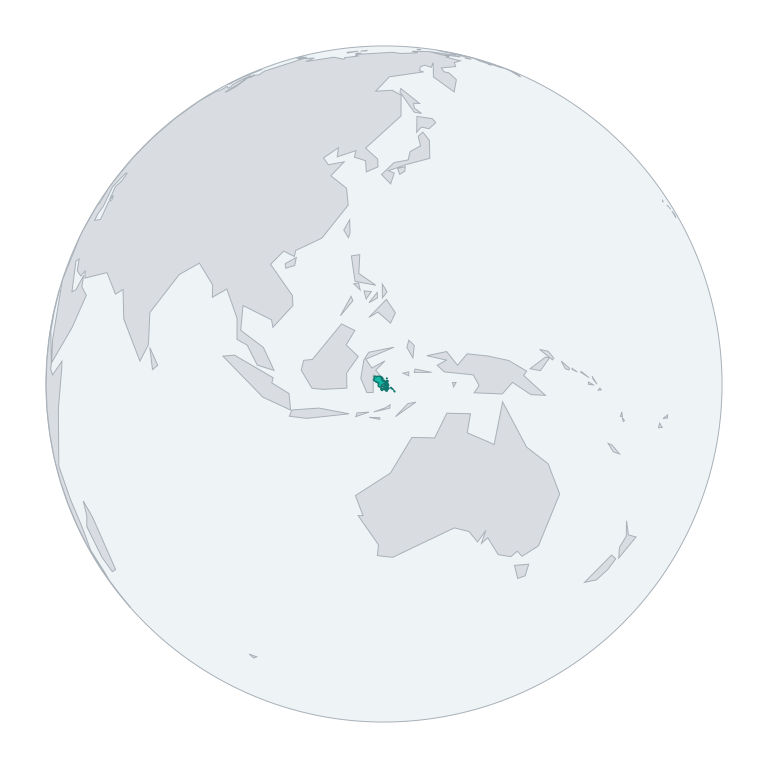 the Earth from above Sulawesi Tenggara, rotated 350°
{"feature_id": "IDN-556", "entity_name": "Sulawesi Tenggara", "entity_type": "Province", "adm_level": 1, "iso_a3": "IDN", "parent_name": "Indonesia", "parent_adm1": "", "projection": "orthographic", "projection_center": [122.493, -4.447], "detail": "fine", "context": "on_globe", "style": "filled", "palette": "teal", "viewbox_px": 768, "rotation_deg": 350, "n_neighbors": 0, "source": "natural_earth", "source_scale": "10m", "svg_char_len": 11546}
<svg xmlns="http://www.w3.org/2000/svg" viewBox="0 0 768 768"><g transform="rotate(350 384 384)"><circle cx="384" cy="384" r="338" fill="#eef3f6" stroke="#a8b0b8"/><path d="M657.9,463.7L657.5,466.2L657.2,466.5L657.9,463.7ZM558.2,94.4L569.6,101.9L571.8,105.5L562.3,97.1L556.0,93.2L554.1,92.8L547.2,88.9L542.4,86.8L534.3,82.5L529.4,79.1L524.1,76.6L523.0,76.7L514.3,73.2L516.7,73.3L501.6,67.7L494.3,64.6L527.0,77.8L558.2,94.4ZM700.4,271.3L697.6,263.7L699.9,268.4L700.4,271.3ZM695.5,259.3L696.6,261.8L695.6,259.8L695.5,259.3ZM694.5,257.9L695.2,258.9L694.7,258.6L694.5,257.9ZM693.4,257.1L693.9,257.2L693.9,257.5L693.4,257.1ZM690.8,253.4L690.0,252.3L690.2,251.6L690.8,253.4ZM566.6,99.7L564.3,98.2L566.6,99.7ZM543.1,87.3L545.2,88.7L541.8,87.2L543.1,87.3ZM526.3,79.4L520.1,77.0L525.6,78.8L526.3,79.4ZM516.0,75.2L501.1,70.5L504.5,72.8L486.3,64.5L505.0,70.7L511.2,72.2L511.3,73.0L516.0,75.2ZM478.6,61.2L474.3,60.0L477.9,60.7L478.6,61.2ZM109.6,186.8L113.4,181.5L133.1,157.6L134.2,157.5L138.5,152.8L146.2,143.9L148.1,142.0L156.2,134.5L153.7,136.8L175.7,117.9L199.4,101.0L224.4,86.2L250.6,73.5L249.7,73.9L259.7,69.8L262.7,68.6L262.4,68.8L254.1,72.2L270.4,66.4L273.0,66.6L277.4,65.1L281.3,63.5L282.0,65.7L285.2,64.6L286.2,63.3L293.1,60.6L305.7,57.1L305.3,58.0L300.7,59.4L290.4,64.4L278.2,68.9L279.3,69.0L289.8,65.5L302.4,59.2L310.1,56.9L305.3,59.3L307.6,58.2L311.3,57.5L314.6,57.9L320.4,55.2L361.6,49.5L372.0,51.0L363.1,52.9L391.5,53.5L401.0,57.3L401.9,55.8L416.0,56.6L413.3,55.3L414.8,54.7L449.9,58.8L457.8,61.4L473.9,63.6L474.4,63.2L469.4,61.2L486.3,64.5L504.5,72.8L502.6,73.2L515.3,79.0L509.0,79.7L509.7,83.8L495.4,82.7L497.2,86.9L502.0,88.9L508.1,96.9L503.8,108.5L486.0,90.2L488.2,76.0L485.5,80.4L479.8,77.2L474.9,77.8L473.5,81.7L477.2,83.5L442.6,82.4L426.7,94.2L443.2,96.2L451.0,102.5L447.3,123.0L406.8,148.5L416.8,161.4L415.8,169.1L403.4,172.1L404.6,160.9L394.3,155.5L396.9,149.3L377.4,152.1L380.2,143.4L363.7,150.8L367.2,158.4L383.4,158.3L367.8,169.7L381.1,184.7L379.8,201.6L348.2,229.5L320.2,237.2L317.9,242.9L308.2,235.7L293.1,246.5L309.2,281.0L307.9,290.9L284.4,308.9L284.4,301.3L258.8,282.3L252.2,306.2L271.5,327.0L278.1,351.5L262.5,343.4L256.0,322.0L247.0,314.6L250.7,293.7L245.7,263.2L230.0,268.8L232.5,256.8L223.2,232.9L201.3,240.7L165.8,273.0L158.8,304.5L147.6,319.0L139.0,274.7L143.4,245.6L135.1,248.9L130.6,226.2L107.9,227.8L109.3,220.8L104.0,224.9L101.6,219.0L105.5,207.9L101.9,209.6L92.7,239.0L97.1,237.5L107.2,224.7L103.3,235.8L106.2,245.0L86.4,274.5L60.3,305.4L65.5,282.3L85.3,226.0L109.6,186.8ZM80.6,235.3L71.6,255.9L65.0,274.3L59.8,306.9L58.4,310.9L59.1,317.5L70.8,305.6L69.1,313.6L58.9,352.3L49.5,408.4L55.2,443.4L62.2,474.1L66.3,497.0L76.0,520.5L79.6,530.2L86.5,543.7L95.0,559.2L95.7,560.2L83.8,539.1L73.4,517.2L64.7,494.6L57.6,471.4L52.2,447.8L48.4,423.8L46.4,399.7L46.2,375.5L47.7,351.3L50.9,327.2L55.8,303.5L62.4,280.2L70.7,257.4L80.6,235.3ZM127.5,172.6L133.4,172.7L144.6,156.6L147.8,155.7L150.4,151.0L145.3,155.5L153.7,143.0L161.3,138.2L167.6,131.9L165.9,131.7L150.8,142.8L138.6,160.1L131.4,167.1L127.5,172.6ZM204.3,626.5L211.3,630.6L208.0,631.2L204.3,626.5ZM73.9,464.7L87.5,520.1L83.9,521.6L76.3,506.0L66.6,472.9L68.4,462.2L67.5,446.9L73.9,464.7ZM363.5,414.2L374.0,416.5L373.7,418.1L363.5,414.2ZM352.5,407.8L364.4,409.1L350.5,411.2L352.5,407.8ZM369.0,409.7L381.2,407.7L386.4,405.5L385.5,408.8L369.0,409.7ZM344.5,407.3L301.8,404.4L285.2,399.3L288.9,393.6L315.7,396.4L344.5,407.3ZM287.5,393.4L262.5,376.0L230.2,328.6L241.7,329.6L275.9,358.6L273.7,363.4L288.8,376.9L287.5,393.4ZM349.1,366.7L346.7,381.6L323.0,378.7L312.3,375.7L304.9,356.1L309.0,346.7L317.7,347.4L352.6,317.5L364.6,326.2L353.5,338.9L363.4,352.5L349.1,366.7ZM159.7,307.4L164.4,326.3L158.5,329.6L159.7,307.4ZM367.8,296.6L353.0,309.2L366.8,291.9L367.8,296.6ZM376.5,280.3L376.9,287.2L371.6,280.1L376.5,280.3ZM316.6,251.8L307.4,252.9L307.6,248.3L319.6,244.2L316.6,251.8ZM378.7,216.4L376.8,229.3L374.4,233.7L371.1,225.4L378.7,216.4ZM318.7,53.1L301.8,56.5L289.7,59.8L282.9,62.3L285.3,60.9L304.0,55.8L318.7,53.1ZM356.3,49.5L362.2,48.4L364.5,48.7L363.5,49.0L356.3,49.5ZM356.4,48.9L354.5,48.1L361.0,47.5L361.2,48.1L356.4,48.9ZM578.4,592.0L581.9,596.3L572.3,605.4L559.1,613.8L547.0,614.2L578.4,592.0ZM481.9,598.7L481.0,585.3L495.2,586.6L489.7,597.4L481.9,598.7ZM587.6,585.7L596.2,575.8L599.1,560.8L598.5,575.1L605.7,578.4L584.9,596.2L587.6,585.7ZM428.2,537.9L362.5,556.2L347.7,551.9L350.7,541.5L335.7,509.1L340.5,510.0L336.5,488.9L374.9,472.8L402.2,441.5L424.5,445.9L440.8,423.7L464.0,428.3L457.5,446.5L482.0,462.7L497.7,422.2L513.4,470.8L531.8,491.1L537.9,522.9L507.9,570.3L490.0,577.6L486.2,571.8L478.9,576.1L466.9,571.9L459.5,553.5L452.3,557.8L458.9,545.8L448.7,555.8L442.1,544.0L428.2,537.9ZM594.4,481.4L598.0,483.7L603.8,493.8L598.1,490.6L594.4,481.4ZM648.7,470.4L650.4,475.1L646.7,474.7L648.7,470.4ZM657.2,466.5L652.7,466.5L657.9,463.7L657.2,466.5ZM612.7,458.3L614.5,461.8L613.1,462.5L612.7,458.3ZM611.2,456.9L613.3,452.8L613.1,457.5L611.2,456.9ZM593.8,427.3L595.9,425.5L596.9,427.5L593.8,427.3ZM389.6,418.1L404.1,407.5L412.2,407.4L389.6,418.1ZM590.6,421.5L585.2,419.8L585.7,417.5L590.6,421.5ZM590.9,415.9L590.3,412.3L593.7,421.2L590.9,415.9ZM580.4,405.9L587.1,413.4L579.6,406.4L580.4,405.9ZM576.4,405.8L571.6,402.1L572.0,401.2L576.4,405.8ZM523.0,399.8L541.0,423.2L526.8,420.0L510.8,404.7L498.8,414.3L471.2,408.3L477.4,402.0L473.5,390.5L445.4,382.5L439.7,374.8L449.6,371.3L431.2,363.6L451.3,362.9L459.7,378.3L471.1,368.7L491.2,374.5L510.8,382.5L526.8,396.1L523.0,399.8ZM451.7,394.5L455.2,395.0L452.1,399.0L451.7,394.5ZM562.5,392.1L569.4,400.7L568.6,402.3L565.2,400.4L562.5,392.1ZM530.5,394.3L547.6,385.6L551.7,386.7L540.4,398.0L530.5,394.3ZM543.3,377.0L551.4,380.3L555.7,388.0L554.1,389.5L543.3,377.0ZM410.5,376.3L409.8,380.2L404.6,376.6L410.5,376.3ZM417.2,374.7L432.9,380.8L415.8,377.9L417.2,374.7ZM370.4,356.4L374.8,366.1L389.0,361.4L378.2,369.0L388.0,385.4L384.8,391.0L375.0,373.3L371.9,390.4L365.7,389.5L362.1,374.4L368.3,356.9L374.5,350.1L400.2,349.5L370.4,356.4ZM417.0,363.2L412.9,352.0L416.0,345.2L420.5,351.3L417.0,363.2ZM401.0,325.2L390.5,312.1L380.6,315.8L401.0,301.1L407.6,315.9L401.0,325.2ZM392.6,298.1L383.3,301.3L393.2,292.7L392.6,298.1ZM381.2,297.2L380.5,288.9L387.6,290.7L381.2,297.2ZM397.4,298.9L399.7,285.3L403.0,293.8L397.4,298.9ZM378.4,270.8L393.1,285.3L373.3,277.9L374.1,252.2L382.6,252.4L378.4,270.8ZM435.9,180.3L434.7,174.0L442.8,173.7L441.4,178.1L435.9,180.3ZM468.3,169.7L444.6,171.7L425.4,174.7L430.7,178.1L425.3,188.1L418.0,177.3L432.4,167.7L446.7,167.5L450.1,159.6L461.3,155.9L460.7,145.9L466.0,142.7L471.0,152.0L468.3,169.7ZM459.9,141.8L462.9,126.2L477.7,131.1L480.3,135.6L472.7,140.4L465.4,137.4L459.9,141.8ZM468.0,124.1L460.9,121.5L450.4,99.1L451.9,95.9L467.7,113.9L461.8,112.6L461.8,117.7L468.0,124.1ZM475.0,60.5L474.4,60.0L477.6,61.2L475.0,60.5ZM412.9,54.0L415.5,53.5L419.2,54.4L412.9,54.0ZM424.6,52.9L418.7,52.2L425.2,52.5L424.6,52.9ZM405.3,51.0L416.4,51.7L405.5,51.7L405.3,51.0Z" fill="#d9dde1" stroke="#a8b0b8" stroke-width="1"/><path d="M383.1,376.9L383.0,377.0L382.8,377.3L382.9,377.5L383.3,377.7L383.4,377.9L383.3,378.1L383.2,378.0L383.3,378.0L383.2,377.9L383.0,377.7L382.7,377.6L382.6,377.9L382.8,378.1L382.6,378.6L382.3,378.8L382.3,379.0L382.5,379.3L382.9,379.5L383.1,379.7L383.2,379.8L383.6,379.7L383.7,379.8L383.9,380.1L384.2,380.6L384.3,380.7L384.8,380.7L385.0,380.7L385.0,380.8L384.9,381.0L384.6,381.1L384.3,381.2L384.8,381.3L385.0,381.4L385.0,381.5L385.0,382.0L385.3,382.2L385.7,382.2L385.9,382.2L386.1,382.1L385.7,381.8L385.7,381.7L385.8,381.6L386.1,381.7L386.2,381.9L386.3,382.2L386.4,382.5L386.4,382.8L386.4,383.3L386.4,383.6L386.2,383.7L386.1,384.0L386.0,383.8L385.6,383.5L385.3,383.3L385.2,383.2L385.1,383.3L385.3,383.6L385.5,383.8L385.6,384.1L385.4,384.2L385.2,384.0L385.0,383.9L384.9,383.8L384.6,383.7L384.4,383.8L384.2,383.9L383.8,383.9L383.6,383.8L383.4,384.0L383.2,384.0L382.5,384.1L382.3,384.3L382.1,384.3L381.7,384.4L381.6,384.6L381.4,385.1L381.3,385.3L381.4,385.5L381.6,385.9L381.7,386.0L381.9,386.1L381.6,386.3L381.1,386.4L380.4,386.4L380.1,386.2L379.7,386.2L379.5,386.3L379.4,386.3L379.3,386.2L379.1,386.0L378.5,385.8L378.2,385.3L378.1,385.2L378.0,384.8L378.1,384.3L378.3,384.0L378.3,383.7L378.4,382.8L378.4,382.7L378.5,382.7L378.5,382.9L378.8,382.4L378.9,381.9L378.7,381.6L377.7,381.4L377.3,381.2L377.2,381.0L377.1,380.9L377.0,380.7L376.7,380.8L376.7,380.7L376.8,380.4L376.7,380.3L376.6,380.2L376.2,380.2L375.8,379.8L374.6,378.7L374.5,378.4L374.4,378.2L374.6,377.8L374.9,377.4L375.1,377.1L375.3,377.0L375.4,376.8L375.6,376.7L375.6,376.2L375.6,375.9L375.7,375.3L375.7,375.1L375.7,374.9L376.0,374.8L376.4,374.7L376.6,374.7L376.8,374.8L377.3,375.0L377.8,375.4L378.0,375.6L378.7,375.3L379.2,375.4L379.8,375.4L380.0,375.4L381.4,376.0L381.9,376.0L382.1,376.0L382.3,376.1L382.8,376.5L383.1,376.9ZM387.7,388.5L388.2,388.8L388.3,388.9L388.2,389.0L387.8,389.5L387.6,389.6L387.2,389.8L387.2,389.7L386.9,389.6L386.2,390.0L386.2,390.3L386.4,390.2L386.5,390.4L386.4,390.6L386.1,391.0L386.0,391.3L385.9,391.3L385.7,391.3L385.7,391.1L385.5,391.3L385.4,391.2L385.1,391.3L384.9,391.3L384.9,391.2L384.4,390.3L384.9,389.9L384.9,389.7L385.0,389.4L385.1,389.2L385.3,388.8L385.8,388.6L385.9,388.4L385.6,388.5L385.6,388.4L385.5,388.2L385.7,387.8L385.8,387.5L385.8,387.4L385.7,387.4L385.5,387.5L385.6,387.4L385.9,387.1L386.0,386.8L386.0,386.6L385.9,386.4L386.1,386.3L386.1,386.2L386.1,385.2L386.2,384.7L386.4,384.4L386.4,384.2L387.1,383.7L387.4,383.6L387.5,383.7L387.3,383.9L387.4,384.0L387.8,384.4L388.1,384.7L388.2,384.8L388.2,385.0L388.1,385.3L388.3,385.6L388.3,386.2L388.2,386.3L388.1,386.2L388.1,385.9L387.9,385.8L387.9,385.6L387.7,385.6L387.6,385.9L387.5,385.7L387.4,385.8L387.3,385.7L387.3,385.8L387.3,386.1L387.1,386.2L387.1,386.4L387.1,386.8L386.9,386.9L386.8,387.2L386.8,387.4L386.9,387.6L386.8,387.9L386.7,388.3L386.8,388.4L387.1,388.1L387.3,388.1L387.4,388.3L387.6,388.3L387.7,388.5ZM385.6,386.6L385.7,386.9L385.6,387.0L385.4,387.2L384.9,387.7L384.7,388.2L384.6,388.3L384.8,388.4L384.8,388.5L384.6,388.6L384.9,388.8L385.0,388.9L385.0,389.0L384.9,389.3L384.7,389.4L384.7,389.7L384.4,389.8L384.3,389.3L384.3,389.1L384.2,389.0L384.0,389.3L384.0,389.5L383.9,389.6L383.7,389.6L383.5,389.3L383.8,389.2L383.5,389.1L383.4,389.2L383.4,389.3L383.3,389.5L383.2,389.6L382.9,389.5L382.7,389.4L382.8,389.4L382.7,389.3L382.7,389.2L383.0,388.7L383.0,388.1L383.1,387.9L383.3,387.8L383.5,387.6L383.4,387.4L383.4,387.1L383.2,386.6L383.0,386.3L383.3,385.9L383.5,385.7L384.0,385.6L384.6,385.2L385.0,385.0L385.3,385.0L385.5,385.9L385.5,386.3L385.6,386.6ZM381.5,388.4L381.5,388.6L381.4,388.6L381.4,388.9L381.4,389.8L381.3,390.0L381.1,390.0L380.9,390.0L380.7,389.6L380.4,389.6L380.0,388.8L380.0,388.7L380.1,388.4L380.2,388.2L380.4,388.1L380.2,387.9L380.4,387.7L380.6,387.6L380.6,387.8L380.9,387.7L381.0,387.7L381.1,388.1L381.3,388.1L381.5,388.4ZM388.2,381.3L388.4,381.5L388.5,381.7L388.5,381.9L388.4,382.1L388.1,382.5L387.8,382.8L387.5,382.8L387.2,382.6L386.8,382.1L386.7,381.6L387.1,381.2L387.3,381.2L387.6,381.4L387.9,381.3L388.2,381.3ZM390.1,388.7L390.6,388.8L390.7,389.0L390.7,389.3L390.6,389.5L390.4,389.5L390.3,389.4L390.0,388.9L390.1,388.7ZM393.1,392.7L393.3,393.1L393.2,393.3L393.0,393.0L392.7,392.9L392.6,392.7L392.7,392.4L392.8,392.5L393.1,392.7ZM388.0,378.9L388.0,379.0L387.8,379.0L387.7,379.2L387.4,379.0L387.4,378.9L387.8,378.7L388.0,378.9ZM391.4,390.3L391.7,390.4L391.8,390.8L391.6,390.7L391.4,390.4L391.1,390.2L391.3,390.1L391.4,390.3ZM383.7,377.9L383.8,378.1L383.7,378.3L383.5,378.0L383.5,377.9L383.7,377.9ZM383.0,378.5L383.2,378.8L382.8,378.9L382.8,378.7L383.0,378.5Z" fill="#14b8a6" stroke="#0f766e" stroke-width="1.5"/></g></svg>